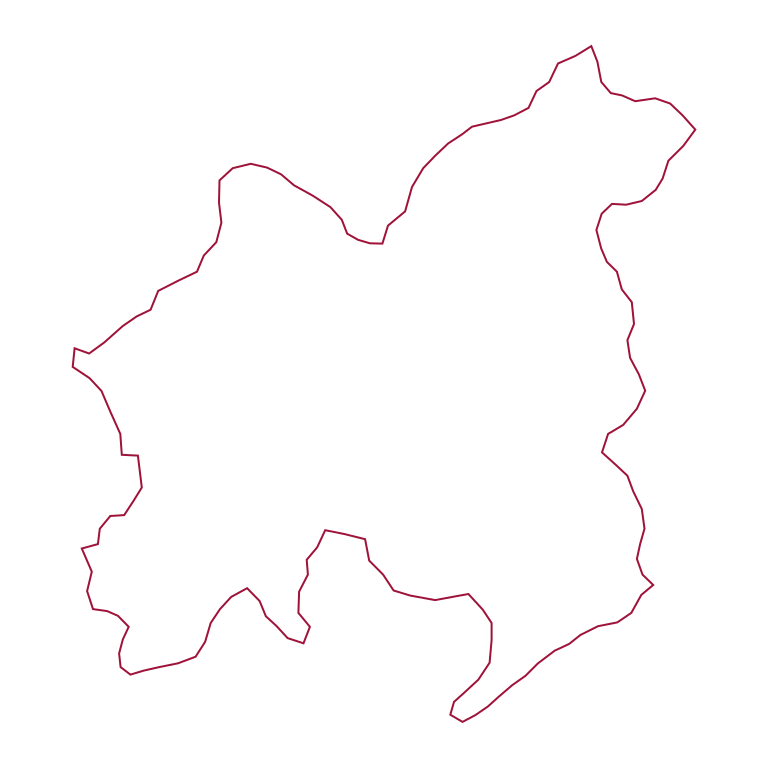 Coronel Xavier Chaves, Minas Gerais, Brazil
{"feature_id": "56859067B25773134342580", "entity_name": "Coronel Xavier Chaves", "entity_type": "district", "adm_level": 2, "iso_a3": "BRA", "parent_name": "Brazil", "parent_adm1": "Minas Gerais", "projection": "natural_earth1", "projection_center": [-44.197, -21.023], "detail": "fine", "context": "isolated", "style": "outline", "palette": "rose", "viewbox_px": 768, "rotation_deg": 0, "n_neighbors": 0, "source": "geoboundaries", "source_scale": "gbopen_adm2", "svg_char_len": 2051}
<svg xmlns="http://www.w3.org/2000/svg" viewBox="0 0 768 768"><path d="M645.2,390.7L638.9,374.4L630.1,357.9L627.4,340.2L634.0,324.0L631.8,302.2L621.8,289.4L616.9,271.7L606.9,261.9L601.2,248.5L596.4,230.0L601.7,213.7L612.0,203.9L626.2,204.7L641.8,201.0L655.7,189.9L662.6,178.6L668.4,160.7L683.3,145.9L695.3,129.6L682.6,115.4L670.1,103.5L655.2,98.3L635.2,101.2L622.0,95.4L610.8,93.1L601.3,82.0L597.4,61.7L591.3,46.1L575.4,55.9L558.0,63.5L549.2,82.0L536.5,91.0L528.5,107.9L514.1,115.4L500.9,120.0L485.7,123.5L472.0,126.7L462.5,134.0L448.1,143.5L435.2,155.7L423.2,168.2L412.0,187.0L405.1,211.4L388.0,225.6L382.4,243.6L369.9,243.3L358.0,239.8L347.2,233.7L341.8,219.8L330.4,207.1L312.8,195.7L294.0,185.3L281.0,174.3L267.1,167.6L250.7,163.8L232.7,168.2L219.5,180.4L219.0,202.7L221.4,222.7L216.3,242.2L203.8,255.5L197.0,271.7L178.2,280.7L158.2,290.9L150.6,309.7L136.7,316.4L122.8,326.0L104.2,342.5L89.1,353.5L74.6,348.3L72.7,366.9L89.6,378.2L101.5,391.0L110.3,411.6L120.3,433.9L121.8,454.8L137.9,455.6L139.9,471.9L141.8,487.5L133.5,500.9L124.2,515.1L110.3,516.0L99.8,528.7L97.9,544.1L81.8,548.5L91.8,571.7L87.1,591.1L93.0,609.1L107.2,611.1L117.9,615.8L128.7,626.8L122.8,639.5L119.1,653.5L120.6,667.1L130.4,674.6L143.8,670.6L159.2,667.1L178.0,663.3L195.6,656.7L205.1,641.9L210.7,623.0L220.0,609.1L231.2,596.9L247.1,588.2L259.6,601.0L265.9,616.3L276.4,625.9L287.6,638.1L303.5,643.3L309.9,626.8L298.4,612.9L299.1,591.7L307.9,574.6L306.7,559.8L317.2,547.3L325.2,530.2L344.1,534.0L365.1,539.2L369.2,560.6L383.1,574.6L393.6,590.5L410.0,595.5L435.1,600.1L452.5,596.9L468.4,594.0L482.8,609.7L491.6,623.0L491.6,640.1L489.6,662.7L478.4,679.6L464.0,692.9L454.0,701.9L450.3,714.7L462.5,721.9L475.2,715.2L487.9,706.5L498.4,697.0L512.3,685.1L525.5,675.8L538.0,663.3L554.8,650.6L569.2,643.9L580.5,634.9L598.0,626.2L617.3,622.4L631.3,612.9L641.3,594.9L653.2,585.0L642.5,574.6L636.9,558.9L640.1,544.1L644.5,528.7L641.8,509.0L633.2,491.3L627.4,475.7L615.2,464.3L602.0,452.4L608.1,433.9L623.2,424.9L636.9,408.7L645.2,390.7Z" fill="none" stroke="#9f1239" stroke-width="2"/></svg>